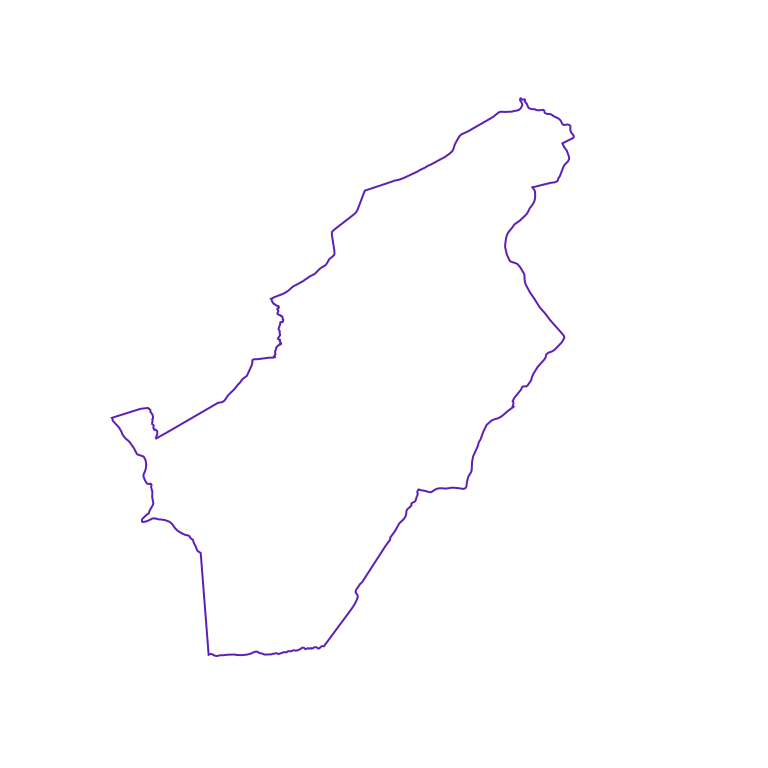 Maringue, Sofala, Mozambique (Natural Earth projection), rotated 49°
{"feature_id": "85939544B35485552295049", "entity_name": "Maringue", "entity_type": "district", "adm_level": 2, "iso_a3": "MOZ", "parent_name": "Mozambique", "parent_adm1": "Sofala", "projection": "natural_earth1", "projection_center": [34.474, -17.814], "detail": "fine", "context": "isolated", "style": "outline", "palette": "violet", "viewbox_px": 768, "rotation_deg": 49, "n_neighbors": 0, "source": "geoboundaries", "source_scale": "gbopen_adm2", "svg_char_len": 6106}
<svg xmlns="http://www.w3.org/2000/svg" viewBox="0 0 768 768"><g transform="rotate(49 384 384)"><path d="M486.2,301.2L485.2,301.6L484.8,300.7L483.7,299.2L482.2,298.1L481.4,298.2L479.9,294.5L478.2,284.6L477.1,282.1L476.9,281.4L477.1,280.5L479.2,278.2L479.3,276.7L477.6,270.3L475.8,267.9L474.0,263.7L471.9,256.6L470.7,247.0L469.9,244.4L468.4,242.6L468.2,241.9L468.2,239.5L469.6,235.9L470.0,233.6L470.0,231.3L469.2,222.7L468.0,218.9L467.0,217.2L465.4,216.6L463.8,216.5L445.1,216.7L436.0,216.1L428.1,216.2L418.4,214.6L410.8,213.8L402.3,211.9L400.1,211.1L397.5,209.4L393.3,206.1L385.3,204.6L381.4,204.6L380.3,204.8L374.6,208.1L372.8,208.1L367.1,206.4L360.3,202.9L357.9,200.7L353.5,195.5L352.3,193.5L351.1,190.8L350.0,184.2L349.1,180.9L349.8,174.3L349.5,166.9L349.1,163.8L346.9,158.5L346.3,155.2L345.1,151.4L343.9,149.4L341.7,146.9L337.9,143.8L336.2,143.2L332.9,143.0L341.7,125.9L343.8,122.9L344.6,120.5L344.5,119.6L343.1,117.2L342.5,114.9L337.8,106.1L337.0,103.9L336.7,99.2L336.3,98.1L335.5,96.5L334.3,95.5L333.4,95.1L328.0,93.0L323.0,92.5L319.4,91.5L322.4,79.8L322.4,79.4L322.0,78.6L321.3,78.1L320.4,77.9L316.9,77.7L315.8,77.3L314.6,76.8L313.5,75.9L311.8,74.2L310.9,74.0L309.6,74.5L308.4,75.4L306.7,78.1L305.8,78.7L304.6,78.8L301.4,77.9L299.3,77.9L297.6,78.3L293.8,80.0L290.1,81.0L288.9,81.8L287.3,83.6L285.4,84.7L284.2,84.6L282.8,83.7L281.6,83.9L279.6,86.8L278.3,88.4L277.0,89.4L275.4,90.0L273.9,91.8L271.8,93.3L270.6,93.7L269.6,93.6L266.2,92.4L263.6,92.5L263.2,92.4L262.6,91.4L262.1,91.1L261.4,91.3L260.2,93.0L258.8,93.3L258.3,93.2L257.9,92.7L258.3,94.5L259.3,95.2L261.6,95.4L264.0,96.4L264.3,96.8L265.5,99.4L265.7,101.9L265.4,103.1L263.0,107.4L262.5,108.6L257.8,114.5L255.5,116.8L254.6,118.2L254.3,119.3L254.0,126.1L253.5,129.2L248.4,155.0L246.3,162.2L246.6,164.7L248.2,169.7L250.0,174.0L252.3,177.6L253.1,179.8L253.2,183.3L252.6,189.2L248.9,205.6L248.1,207.8L247.6,211.1L246.0,216.8L245.8,218.7L241.4,234.2L239.7,238.6L237.3,242.9L236.8,244.4L225.5,271.7L235.1,289.6L236.0,291.8L236.3,294.6L234.9,319.4L235.0,323.0L235.3,323.7L236.9,325.3L250.4,333.7L253.2,335.9L253.8,336.9L254.0,338.5L253.9,343.6L255.3,347.4L255.9,349.7L255.7,352.0L255.2,354.1L254.9,357.1L255.5,363.8L254.1,369.5L253.2,377.9L252.0,383.5L250.9,387.9L250.7,390.5L250.8,394.7L250.5,397.2L249.7,401.1L246.6,409.5L245.7,413.2L246.3,412.9L246.7,413.6L247.8,414.2L248.8,414.3L249.6,414.6L250.6,414.5L251.2,414.7L252.0,414.1L253.1,414.1L254.3,413.5L255.3,413.4L255.8,412.6L256.2,412.6L257.2,413.0L257.5,413.5L257.6,413.9L257.2,414.9L257.4,415.3L257.8,415.6L259.3,415.7L259.7,416.0L260.7,418.0L261.2,418.4L261.8,418.4L263.8,417.3L264.7,417.4L265.5,416.6L267.4,416.9L268.5,417.8L269.6,417.9L270.6,419.6L270.7,420.1L269.7,420.8L269.5,422.0L270.7,423.0L273.2,427.4L273.8,427.7L275.8,428.0L276.8,429.3L278.3,429.8L278.9,430.3L279.8,433.6L280.3,434.4L280.9,434.3L282.5,433.5L283.1,434.5L283.6,434.7L285.4,434.8L286.1,435.2L286.3,436.1L286.2,436.3L285.4,436.1L285.3,436.4L285.8,437.6L285.5,438.8L285.7,441.2L286.2,441.9L286.8,442.2L287.5,444.1L288.3,445.3L290.4,446.4L290.9,448.8L291.5,448.8L291.8,448.5L292.2,448.7L291.0,450.9L289.0,453.1L281.8,463.9L280.3,465.5L279.9,466.3L279.7,467.5L279.7,467.9L281.4,469.1L281.8,469.9L282.9,471.1L287.8,482.0L287.9,483.0L287.6,485.4L287.5,487.7L288.5,492.0L288.6,494.4L289.7,500.0L290.2,508.7L291.8,515.0L291.8,516.3L291.5,518.1L289.3,521.6L279.3,573.8L275.7,591.6L274.9,591.5L274.7,590.3L273.8,589.6L273.3,588.2L271.1,586.3L270.6,586.1L269.0,586.5L268.3,586.5L268.0,586.7L268.0,587.2L267.8,587.5L266.9,587.1L266.0,587.0L265.3,586.4L264.8,585.5L264.3,585.1L263.3,585.0L262.4,585.3L261.1,584.4L260.4,583.3L259.3,582.3L258.7,582.1L258.6,581.5L258.2,580.7L256.8,579.6L254.9,578.7L252.3,578.6L251.3,578.2L250.6,577.5L250.0,577.4L248.6,577.5L247.7,578.0L247.2,577.9L243.0,584.0L231.0,611.6L232.5,611.9L233.6,612.8L243.0,612.5L247.4,613.4L250.7,614.5L254.2,614.8L256.6,614.7L258.7,614.2L261.3,614.1L268.7,614.9L274.3,616.3L275.4,616.3L280.7,613.2L281.8,613.1L285.2,614.0L288.5,616.1L291.1,618.7L292.3,620.3L294.7,625.0L296.0,626.2L300.3,627.7L303.5,628.1L305.0,627.4L305.5,626.9L305.9,625.8L306.3,625.5L307.5,625.5L309.0,627.4L313.5,629.6L317.2,633.1L322.7,636.3L323.8,638.1L325.9,644.2L327.4,646.5L327.0,647.8L327.0,650.0L327.3,654.9L327.6,655.6L329.0,656.8L329.4,656.8L330.3,656.1L331.4,654.2L332.4,651.6L333.6,647.0L334.7,645.4L335.2,645.3L335.7,644.6L338.3,642.9L339.6,641.5L343.1,638.5L347.2,636.3L350.4,635.8L355.6,636.3L359.7,636.0L364.1,634.5L367.4,633.0L368.7,632.1L369.5,631.3L371.1,630.7L373.7,631.1L376.3,630.5L379.3,631.8L383.5,632.8L384.4,633.3L387.0,634.1L388.4,634.1L391.1,633.2L391.7,633.5L473.3,694.0L473.8,692.5L474.5,691.3L478.1,689.9L479.7,688.5L481.2,685.7L483.0,683.6L485.6,679.8L489.9,674.5L491.9,672.9L494.9,669.7L498.2,665.2L500.1,661.5L500.9,658.5L501.4,657.1L502.3,655.8L503.1,655.1L504.8,654.7L506.0,654.1L507.2,653.0L509.9,651.6L514.1,646.4L514.7,645.0L516.4,642.1L516.7,641.7L518.6,640.8L520.6,635.8L522.0,634.2L522.6,633.2L522.8,631.5L524.4,630.0L525.7,626.8L527.1,625.8L528.2,624.2L529.2,621.1L529.3,619.0L529.7,618.3L530.3,617.6L532.7,617.2L533.3,615.2L533.7,614.5L534.7,614.1L535.4,612.4L536.3,612.2L536.8,611.0L536.8,609.8L537.8,608.2L538.4,607.7L540.7,607.1L541.1,605.8L540.9,603.8L541.4,602.5L542.5,601.4L532.6,556.7L531.0,550.8L528.9,545.8L527.4,543.4L526.2,542.6L523.9,542.3L522.3,541.9L521.1,540.2L519.3,533.5L519.2,530.6L507.2,489.0L505.5,481.5L503.9,479.9L502.3,472.4L499.2,463.8L498.9,457.8L498.2,455.0L496.6,452.4L494.6,450.4L493.9,449.0L493.8,443.7L493.6,443.0L492.4,442.0L492.1,441.3L492.9,438.2L492.8,436.9L490.8,433.7L489.6,431.2L488.7,430.4L487.4,429.8L486.7,428.7L486.3,427.1L488.5,425.7L491.4,423.3L495.1,420.9L496.1,420.0L496.7,418.9L497.3,414.4L498.1,412.2L498.6,411.2L500.9,408.4L502.3,407.3L503.8,405.5L507.2,400.2L512.3,395.4L515.4,392.8L516.0,390.9L515.5,389.1L512.5,385.8L510.5,383.1L509.2,381.0L507.7,376.2L506.6,374.4L500.6,368.7L497.1,364.2L492.3,353.8L490.4,351.0L489.8,349.7L489.2,347.6L485.0,340.1L482.2,333.4L482.1,326.9L483.1,323.8L484.1,321.9L485.1,319.1L485.6,315.9L485.6,308.5L486.2,301.2Z" fill="none" stroke="#5b21b6" stroke-width="2"/></g></svg>